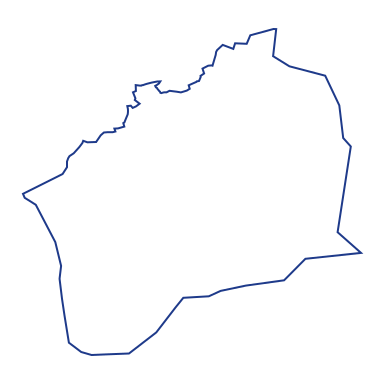 Ilesha East, Osun, Nigeria (Mercator projection)
{"feature_id": "59680162B9948554175301", "entity_name": "Ilesha East", "entity_type": "district", "adm_level": 2, "iso_a3": "NGA", "parent_name": "Nigeria", "parent_adm1": "Osun", "projection": "mercator", "projection_center": [4.754, 7.588], "detail": "fine", "context": "isolated", "style": "outline", "palette": "blue", "viewbox_px": 384, "rotation_deg": 0, "n_neighbors": 0, "source": "geoboundaries", "source_scale": "gbopen_adm2", "svg_char_len": 1506}
<svg xmlns="http://www.w3.org/2000/svg" viewBox="0 0 384 384"><path d="M250.3,35.3L246.7,43.8L235.1,43.3L233.3,48.9L222.7,44.9L217.1,50.1L216.1,52.0L215.7,54.9L212.5,65.7L211.5,65.4L208.2,65.7L202.5,68.6L204.1,73.5L202.3,74.7L200.5,75.9L200.7,76.9L200.0,78.7L199.0,81.0L196.7,81.4L196.4,81.9L192.5,83.6L188.7,85.3L189.7,88.8L186.8,90.6L180.9,92.4L176.6,91.7L169.5,90.8L166.6,92.3L164.2,92.3L162.6,92.7L161.4,93.1L160.4,92.8L160.0,91.7L159.2,91.0L158.6,90.2L157.6,89.1L157.0,88.0L155.9,87.3L155.2,85.9L157.0,84.9L159.0,83.4L160.3,81.4L157.2,81.5L154.1,82.1L151.6,82.6L148.1,83.5L146.6,83.9L144.4,84.6L143.1,85.1L142.2,85.1L141.4,85.6L139.7,85.6L135.7,85.1L135.9,91.0L133.0,92.3L135.4,98.3L134.8,100.0L139.6,103.7L136.0,106.4L132.7,107.9L130.8,105.7L127.3,106.1L127.9,108.9L128.0,110.9L127.9,112.8L127.7,114.4L125.4,119.9L124.4,122.4L123.3,123.1L124.3,126.6L118.0,128.4L114.4,128.6L115.4,131.5L112.7,132.2L107.5,132.2L103.9,132.5L100.7,135.3L96.1,142.0L87.4,142.3L83.2,140.8L82.4,143.0L79.2,147.2L73.7,153.3L69.5,156.1L68.2,158.2L67.0,161.5L67.0,167.2L62.6,174.0L23.0,193.8L24.7,197.8L35.8,204.8L55.3,242.1L61.1,265.9L59.6,278.4L59.6,279.1L62.0,298.7L64.5,315.5L68.9,342.7L81.2,352.0L91.6,355.0L105.8,354.4L129.0,353.5L133.0,350.4L156.3,332.4L175.4,307.6L183.3,297.8L208.8,296.3L220.6,290.9L245.8,285.6L284.1,280.3L305.4,258.8L361.0,252.9L337.6,232.2L350.8,146.5L343.2,138.0L339.3,105.4L325.2,75.7L289.4,66.3L273.1,56.2L276.2,29.1L273.5,29.0L250.3,35.3Z" fill="none" stroke="#1e3a8a" stroke-width="2"/></svg>